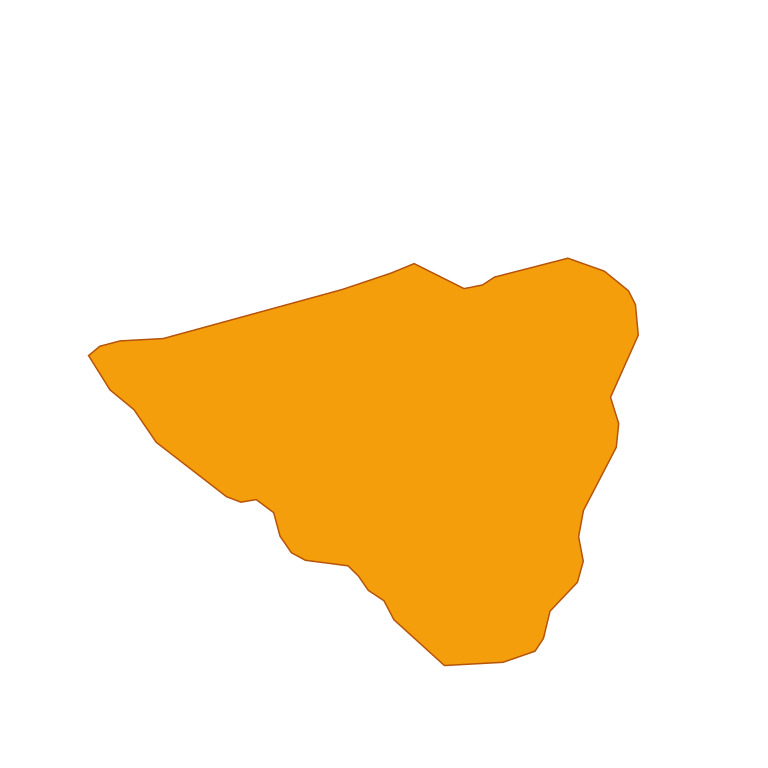 Santo Tomás La Unión, Sololá, Guatemala, rotated 121°
{"feature_id": "79465075B46149189037387", "entity_name": "Santo Tomás La Unión", "entity_type": "district", "adm_level": 2, "iso_a3": "GTM", "parent_name": "Guatemala", "parent_adm1": "Sololá", "projection": "mercator", "projection_center": [-91.41, 14.619], "detail": "fine", "context": "isolated", "style": "filled", "palette": "amber", "viewbox_px": 768, "rotation_deg": 121, "n_neighbors": 0, "source": "geoboundaries", "source_scale": "gbopen_adm2", "svg_char_len": 687}
<svg xmlns="http://www.w3.org/2000/svg" viewBox="0 0 768 768"><g transform="rotate(121 384 384)"><path d="M594.2,187.2L561.3,138.7L535.2,116.9L519.9,116.3L493.2,124.7L454.3,116.1L433.3,121.9L414.7,138.5L389.7,147.9L318.6,152.3L297.1,162.4L278.7,183.0L211.2,191.2L186.4,209.4L178.2,222.4L173.8,253.2L181.5,291.2L235.4,344.3L248.4,350.6L261.0,364.5L265.3,420.2L285.2,435.0L324.3,468.3L458.8,596.7L482.9,632.3L497.9,647.0L511.8,651.9L530.2,615.8L534.8,585.0L551.3,549.2L561.7,460.9L559.0,445.8L548.9,434.0L551.1,412.3L568.0,394.7L576.3,376.5L575.6,360.6L558.4,321.2L561.8,307.0L569.0,291.1L569.8,272.4L581.0,254.0L594.2,187.2Z" fill="#f59e0b" stroke="#b45309" stroke-width="1.5"/></g></svg>